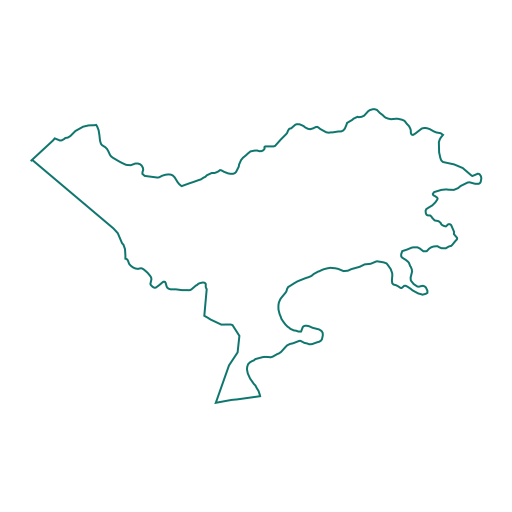 Praslin, Praslin, Saint Lucia (Mercator projection)
{"feature_id": "8701671B17924499339223", "entity_name": "Praslin", "entity_type": "district", "adm_level": 2, "iso_a3": "LCA", "parent_name": "Saint Lucia", "parent_adm1": "Praslin", "projection": "mercator", "projection_center": [-60.894, 13.882], "detail": "fine", "context": "isolated", "style": "outline", "palette": "teal", "viewbox_px": 512, "rotation_deg": 0, "n_neighbors": 0, "source": "geoboundaries", "source_scale": "gbopen_adm2", "svg_char_len": 6096}
<svg xmlns="http://www.w3.org/2000/svg" viewBox="0 0 512 512"><path d="M260.1,396.2L259.8,394.8L258.5,390.9L256.8,388.2L255.4,385.5L253.9,384.0L250.1,378.6L247.8,373.5L247.2,370.6L247.0,369.2L247.2,366.8L248.1,364.2L250.1,362.2L252.1,361.1L254.0,360.3L255.3,359.1L262.4,357.2L264.5,356.9L268.0,357.0L270.6,357.3L272.6,356.7L277.4,354.0L278.8,353.5L281.1,351.9L285.7,346.8L287.1,345.4L289.9,344.0L293.0,343.3L299.2,340.9L300.6,340.9L304.4,342.9L307.3,343.5L309.3,344.3L312.1,344.1L317.1,342.3L319.3,341.7L321.1,340.5L322.0,339.1L322.8,335.4L322.7,333.0L321.8,331.3L320.5,330.3L318.9,329.4L312.6,327.8L309.5,326.4L308.2,326.0L306.2,325.7L304.8,325.8L303.6,326.3L302.8,327.0L301.1,331.5L300.5,331.6L298.2,331.5L296.1,330.7L293.8,330.4L290.3,328.8L289.4,327.9L287.5,326.6L285.5,324.6L283.3,321.7L281.4,318.8L280.9,317.2L279.6,314.1L278.5,309.7L278.4,307.1L278.5,304.6L278.8,303.1L278.8,302.8L280.2,299.4L281.3,297.8L285.6,292.6L286.2,291.7L286.6,290.7L287.1,288.9L288.2,287.0L289.4,286.3L294.3,283.2L297.6,281.3L305.1,278.3L309.0,277.0L311.5,275.9L313.7,274.0L318.3,271.5L319.2,271.3L321.0,270.4L323.3,269.4L327.0,268.4L330.3,267.8L335.5,268.3L338.2,268.9L343.5,271.1L347.9,270.7L351.4,269.1L359.7,266.8L364.6,264.4L370.6,263.8L376.4,261.4L377.2,261.3L383.8,262.4L386.5,263.4L386.8,263.7L388.2,265.5L390.7,269.1L392.2,273.2L392.3,275.5L391.9,280.7L392.2,282.9L392.3,283.3L393.4,284.5L396.0,285.2L398.3,286.4L400.2,287.7L401.0,288.0L401.6,288.0L402.3,287.5L404.2,285.8L405.8,285.8L407.5,286.7L408.7,287.5L410.4,288.6L412.6,290.4L418.3,293.5L420.8,294.1L422.4,294.7L425.6,293.9L426.7,293.3L427.4,292.8L427.4,290.7L425.9,287.5L424.6,286.4L423.0,285.8L420.8,286.2L418.9,286.7L417.3,286.5L413.6,284.0L411.0,280.7L410.8,280.3L410.6,277.6L412.1,271.5L411.9,270.4L411.8,269.4L410.9,267.1L410.2,266.1L409.0,263.0L408.0,261.7L405.8,259.9L402.4,257.8L401.5,256.9L401.2,256.2L401.2,254.1L402.3,251.1L406.7,249.7L411.8,247.6L413.6,247.3L417.4,247.3L419.8,248.5L423.0,251.0L423.6,251.3L426.7,251.2L429.2,248.6L431.4,247.2L433.3,246.6L434.4,246.4L437.5,246.2L438.9,247.1L441.4,248.2L445.8,248.3L448.3,246.8L449.4,246.3L451.2,245.9L452.0,245.1L452.8,244.2L455.3,241.1L456.9,239.4L457.1,238.8L457.1,237.9L454.0,234.2L453.9,234.0L454.1,231.9L451.2,225.2L450.9,224.8L449.8,224.2L448.6,224.2L447.9,224.5L446.1,226.3L445.7,226.4L443.8,225.9L441.9,224.9L441.3,224.3L440.7,223.0L438.9,221.4L437.9,221.0L434.9,220.5L434.4,220.2L432.0,217.6L431.5,216.7L430.2,215.5L427.9,215.4L426.7,214.9L426.1,213.9L425.8,213.1L425.6,210.8L426.2,209.2L428.6,207.6L432.3,205.4L435.4,202.3L437.2,199.7L437.6,198.7L437.3,197.9L437.0,197.5L435.3,196.3L433.6,195.4L433.1,194.9L432.8,194.0L433.9,192.3L434.4,192.0L441.3,189.9L446.1,189.4L448.5,189.7L453.8,189.9L458.1,188.1L460.6,186.0L467.7,182.5L469.6,182.3L475.1,183.8L478.7,183.8L479.3,183.5L480.3,182.7L480.7,181.8L481.2,179.2L481.3,178.3L481.0,176.4L479.7,174.4L479.1,174.0L477.8,173.7L474.6,175.1L472.3,176.0L471.2,175.3L462.7,168.0L454.1,164.4L443.4,162.1L443.0,162.0L441.6,160.8L441.0,159.8L440.3,157.8L439.1,152.3L438.9,143.4L438.9,142.0L439.8,139.3L440.8,137.6L443.0,134.9L441.2,133.6L440.6,133.2L436.6,132.5L435.7,132.2L433.6,131.3L429.7,129.1L427.6,128.4L425.7,128.0L424.3,128.0L422.1,128.4L421.3,128.9L415.5,133.4L413.3,134.8L412.6,134.9L411.8,134.6L411.3,134.0L411.0,133.3L410.8,132.5L410.8,130.3L410.3,128.7L409.5,127.0L408.9,126.0L406.7,123.7L404.9,121.3L404.2,120.7L403.1,120.2L401.9,119.7L398.4,118.9L396.6,118.7L391.0,119.2L388.1,118.6L385.9,117.8L384.5,116.9L382.6,115.0L379.9,113.0L376.9,109.9L374.7,109.2L372.9,109.2L369.8,110.1L368.2,111.2L364.1,115.7L361.6,116.8L358.8,117.2L357.5,116.8L353.5,118.7L352.2,119.9L347.1,122.9L346.3,125.2L344.8,128.7L343.2,130.5L341.3,131.4L338.1,131.5L332.6,132.4L330.8,132.4L328.8,132.7L328.2,132.6L326.3,132.3L323.5,130.8L320.1,128.9L318.8,127.8L317.4,126.9L315.9,127.0L313.0,128.4L310.2,129.2L307.9,128.8L305.0,127.3L303.5,126.0L299.6,124.3L296.9,124.2L295.3,124.7L291.2,128.3L289.8,128.6L289.2,128.9L287.9,130.9L287.1,133.0L286.0,134.3L280.8,139.5L275.1,145.9L273.6,146.4L265.6,146.4L264.7,146.7L264.4,147.2L264.6,148.5L264.2,149.3L263.1,150.4L261.6,151.1L259.3,151.2L257.1,150.5L254.5,150.6L250.5,151.4L247.9,153.5L245.4,155.8L243.0,157.7L241.1,160.0L239.1,164.5L238.7,166.8L236.3,171.5L236.1,171.9L235.1,172.9L234.3,173.3L233.5,173.7L232.6,173.8L230.6,173.8L228.1,173.4L224.0,171.8L221.3,170.3L220.0,170.1L218.2,171.5L216.2,172.4L214.5,173.0L211.7,173.0L206.8,175.3L205.4,176.8L203.6,177.6L200.7,179.5L198.6,180.1L193.7,181.9L189.7,183.2L181.7,186.1L180.6,185.4L179.0,183.9L177.5,182.0L174.7,177.4L172.7,175.4L170.7,174.6L168.3,174.4L165.2,174.8L162.0,175.8L159.4,177.2L157.7,177.6L144.7,175.9L142.4,173.9L142.5,172.0L143.2,169.9L142.9,167.8L141.6,165.5L140.0,164.2L137.8,163.5L135.4,163.5L130.8,165.2L127.4,165.0L126.0,164.8L121.7,162.8L118.7,161.2L112.8,157.7L111.1,156.4L110.0,154.9L108.3,151.2L107.1,149.1L105.4,147.3L102.1,145.2L101.0,143.9L100.3,141.7L100.0,140.5L99.4,135.1L98.6,130.2L97.2,126.6L96.4,125.3L96.1,124.9L94.7,125.2L88.6,125.4L83.1,126.7L75.4,131.0L70.4,136.0L67.8,137.6L65.3,138.0L64.2,139.0L61.6,140.4L60.0,140.5L54.7,138.4L53.3,140.2L30.7,161.1L32.2,159.9L113.4,228.4L117.8,233.2L122.0,243.1L123.5,244.8L125.0,249.1L125.4,255.5L125.4,258.7L126.6,259.0L127.5,259.9L128.1,261.0L128.9,263.3L129.5,264.4L131.2,266.1L133.3,267.6L135.5,268.5L138.0,268.9L140.4,268.3L141.6,268.3L142.7,268.8L143.8,269.5L145.7,271.1L147.6,272.8L150.0,275.7L150.7,276.7L151.2,277.8L151.4,279.1L151.2,280.3L150.4,283.9L150.8,285.0L152.6,286.8L153.6,287.4L154.8,287.8L156.0,287.5L159.0,285.3L162.8,282.1L164.0,281.6L164.8,282.0L165.1,282.0L165.7,283.1L166.7,286.7L167.3,287.7L168.3,288.5L169.4,289.0L170.6,289.3L175.6,289.3L181.7,290.1L185.4,290.1L189.1,290.2L190.3,290.0L191.4,289.4L196.1,285.4L197.2,284.9L198.1,284.0L199.2,283.4L200.4,283.0L202.8,282.5L204.0,282.6L205.1,283.1L205.8,284.1L205.7,286.6L206.0,287.8L206.7,289.2L204.3,315.8L207.9,317.8L210.5,319.5L221.3,324.6L230.7,324.5L232.5,325.1L239.4,335.9L237.6,352.4L229.0,365.4L215.8,402.8L231.6,399.9L237.2,399.4L260.1,396.2Z" fill="none" stroke="#0f766e" stroke-width="2"/></svg>